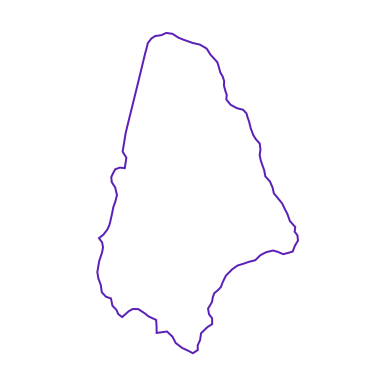 outline of Simões Filho, Bahia, Brazil, rotated 355°
{"feature_id": "56859067B37931035064590", "entity_name": "Simões Filho", "entity_type": "district", "adm_level": 2, "iso_a3": "BRA", "parent_name": "Brazil", "parent_adm1": "Bahia", "projection": "mercator", "projection_center": [-38.397, -12.766], "detail": "fine", "context": "isolated", "style": "outline", "palette": "violet", "viewbox_px": 384, "rotation_deg": 355, "n_neighbors": 0, "source": "geoboundaries", "source_scale": "gbopen_adm2", "svg_char_len": 1704}
<svg xmlns="http://www.w3.org/2000/svg" viewBox="0 0 384 384"><g transform="rotate(355 192 192)"><path d="M222.5,57.0L219.1,50.4L212.6,45.8L205.9,43.7L196.7,39.5L192.0,37.1L186.3,32.7L180.2,31.3L175.1,33.1L168.9,33.4L165.0,35.5L161.0,39.8L159.0,45.6L157.5,49.6L147.3,79.9L137.6,108.2L131.2,127.0L126.4,145.8L129.6,152.1L127.1,162.4L122.3,161.4L117.5,162.7L115.0,166.4L112.9,170.1L112.9,175.1L115.9,180.9L117.0,188.5L114.9,194.6L112.4,200.0L110.4,206.8L108.3,213.4L106.7,218.0L104.4,222.0L100.1,226.7L95.3,229.8L98.1,234.5L98.5,239.6L97.1,244.5L93.5,252.8L90.7,263.6L91.2,269.9L93.0,276.6L93.4,284.0L97.2,288.9L102.0,291.0L102.8,298.3L106.4,302.8L107.9,307.2L111.5,310.5L118.8,305.1L122.9,303.4L128.3,304.0L134.4,308.8L137.8,312.1L145.1,316.3L145.0,322.9L144.5,329.3L149.1,329.1L154.9,328.8L160.0,334.5L162.6,341.0L168.5,346.4L174.7,350.0L178.8,352.7L184.0,349.9L184.3,345.2L187.1,340.3L188.8,333.4L195.5,328.0L200.6,325.3L201.0,319.5L198.3,315.2L197.8,309.6L202.4,303.2L203.5,298.8L205.3,294.8L209.1,292.2L212.5,289.2L214.8,284.4L218.4,278.4L225.3,272.5L231.0,269.2L235.8,268.2L243.1,266.4L249.0,265.5L254.6,260.9L260.7,258.4L267.8,257.4L272.2,259.1L277.5,261.9L282.7,261.0L287.1,260.1L289.9,254.4L293.3,249.7L293.3,244.4L290.8,240.5L291.8,235.9L287.0,229.5L285.1,222.2L282.7,216.4L280.9,211.4L276.8,205.3L273.4,200.4L272.7,194.8L270.6,188.4L266.4,182.8L265.8,176.5L264.5,171.6L263.3,166.9L262.6,161.2L263.9,155.7L263.7,149.7L260.1,144.8L258.0,140.6L256.0,133.4L255.0,126.8L253.9,122.6L253.1,118.4L250.0,114.5L244.0,112.4L238.1,108.5L234.2,102.8L235.1,98.3L234.0,94.1L233.1,88.7L233.7,84.3L232.6,79.6L230.6,75.3L229.7,70.2L228.5,64.8L222.5,57.0Z" fill="none" stroke="#5b21b6" stroke-width="2"/></g></svg>